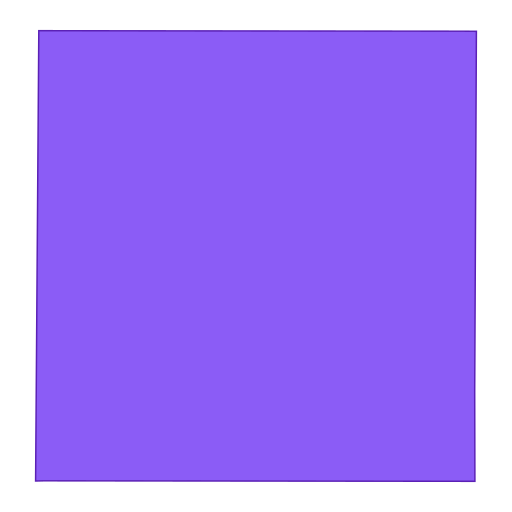 the district of Osborne, Kansas, United States of America
{"feature_id": "52423323B57783119458523", "entity_name": "Osborne", "entity_type": "district", "adm_level": 2, "iso_a3": "USA", "parent_name": "United States of America", "parent_adm1": "Kansas", "projection": "equal_earth", "projection_center": [-98.768, 39.35], "detail": "fine", "context": "isolated", "style": "filled", "palette": "violet", "viewbox_px": 512, "rotation_deg": 0, "n_neighbors": 0, "source": "geoboundaries", "source_scale": "gbopen_adm2", "svg_char_len": 220}
<svg xmlns="http://www.w3.org/2000/svg" viewBox="0 0 512 512"><path d="M38.8,30.7L35.6,481.0L43.6,480.8L474.9,481.3L474.7,391.0L476.4,31.3L462.3,31.2L38.8,30.7Z" fill="#8b5cf6" stroke="#5b21b6" stroke-width="1.5"/></svg>